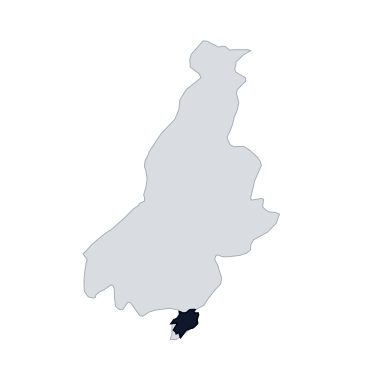 Koper highlighted on a map of Slovenia, rotated 309°
{"feature_id": "SVN-1031", "entity_name": "Koper", "entity_type": "Municipality", "adm_level": 1, "iso_a3": "SVN", "parent_name": "Slovenia", "parent_adm1": "", "projection": "equal_earth", "projection_center": [13.807, 45.513], "detail": "fine", "context": "in_parent", "style": "filled", "palette": "ink", "viewbox_px": 384, "rotation_deg": 309, "n_neighbors": 0, "source": "natural_earth", "source_scale": "10m", "svg_char_len": 2290}
<svg xmlns="http://www.w3.org/2000/svg" viewBox="0 0 384 384"><g transform="rotate(309 192 192)"><path d="M338.8,148.6L330.5,145.6L320.5,144.4L318.6,146.0L314.7,147.6L312.7,150.5L314.4,161.9L312.0,163.9L300.6,162.8L296.9,164.1L290.9,172.1L284.6,175.4L276.6,177.8L270.7,180.7L263.2,183.2L256.8,184.7L254.3,188.2L252.8,192.1L253.3,195.8L259.9,203.2L260.8,211.0L260.2,220.7L258.8,225.8L256.2,229.2L240.2,233.6L223.7,241.6L223.3,243.4L231.0,250.4L231.3,252.2L225.0,256.2L224.4,260.2L225.2,264.8L228.6,269.6L229.8,273.9L220.7,277.1L208.2,275.9L193.5,269.9L188.4,270.8L183.4,273.9L178.3,272.6L172.7,268.9L164.7,261.2L160.9,256.5L159.3,251.5L157.1,250.7L153.8,252.2L151.1,258.3L143.8,269.2L138.4,272.2L130.2,271.5L118.8,271.7L111.6,272.6L102.9,268.8L100.8,269.5L100.8,272.0L97.5,276.0L92.2,278.6L67.3,272.7L63.8,267.8L69.4,265.5L77.2,259.2L82.5,259.9L88.9,258.6L91.8,255.9L87.7,247.9L77.4,238.1L71.9,234.3L64.4,231.9L63.1,229.2L67.3,213.7L66.0,211.5L57.4,212.2L55.4,210.6L54.7,207.9L55.3,204.3L61.1,198.2L67.5,192.9L69.3,189.9L69.0,187.6L60.8,185.2L55.9,182.8L51.9,182.0L49.2,183.3L47.2,181.8L45.2,177.4L47.2,170.6L54.6,164.3L62.6,158.8L69.5,154.8L73.5,153.0L75.4,146.1L79.5,146.8L87.7,147.2L96.8,148.8L105.3,150.7L112.8,153.1L128.5,155.7L142.7,157.2L147.1,158.7L150.6,158.6L154.9,160.7L157.5,159.1L159.3,156.3L167.1,153.0L174.2,148.6L179.2,143.2L182.0,138.8L186.9,135.8L192.2,134.9L196.9,133.3L217.1,131.3L237.9,132.9L247.8,129.9L255.9,124.6L267.8,123.1L268.4,123.1L286.3,127.1L287.6,124.8L288.4,123.7L287.9,112.2L293.4,107.0L298.6,104.8L316.4,105.5L318.8,109.0L319.8,114.5L321.5,121.8L324.5,123.9L326.1,126.7L325.9,131.8L329.4,135.6L337.8,145.9L338.8,148.6Z" fill="#d9dde1" stroke="#a8b0b8" stroke-width="1"/><path d="M84.8,260.0L89.2,259.6L91.1,257.4L91.4,258.0L92.3,261.1L92.7,261.6L93.6,262.6L95.1,263.6L99.1,264.3L102.1,267.5L102.4,268.4L100.9,268.2L100.3,268.6L99.9,269.4L99.9,270.7L101.9,272.9L100.7,274.4L96.3,276.1L95.0,277.4L94.1,278.5L93.1,279.2L88.1,278.6L86.6,278.1L85.3,277.0L80.9,274.4L71.5,274.8L71.7,274.0L72.1,273.7L72.6,273.4L72.7,273.0L72.9,272.6L73.2,272.0L74.2,271.0L74.7,270.5L74.5,270.2L74.3,270.0L71.8,269.0L72.9,267.4L73.0,264.4L80.3,263.4L80.3,262.7L79.3,261.4L77.9,260.0L76.4,258.5L81.1,258.2L84.8,260.0Z" fill="#0f172a" stroke="#020617" stroke-width="1.5"/></g></svg>